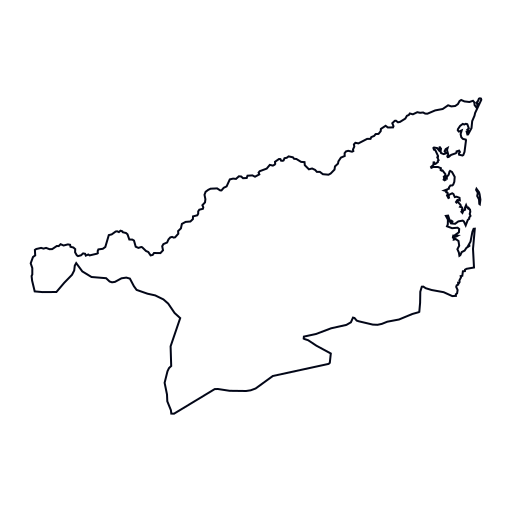 the district of Govuro, Inhambane, Mozambique
{"feature_id": "85939544B19130781251351", "entity_name": "Govuro", "entity_type": "district", "adm_level": 2, "iso_a3": "MOZ", "parent_name": "Mozambique", "parent_adm1": "Inhambane", "projection": "albers", "projection_center": [34.741, -21.317], "detail": "fine", "context": "isolated", "style": "outline", "palette": "ink", "viewbox_px": 512, "rotation_deg": 0, "n_neighbors": 0, "source": "geoboundaries", "source_scale": "gbopen_adm2", "svg_char_len": 6078}
<svg xmlns="http://www.w3.org/2000/svg" viewBox="0 0 512 512"><path d="M474.0,267.5L473.0,248.9L474.8,228.7L473.6,228.8L472.4,231.8L470.5,241.6L468.2,245.7L469.3,245.3L469.4,245.9L466.4,247.9L464.6,250.6L461.7,252.1L460.3,255.2L459.4,255.8L458.9,252.6L457.4,249.2L459.2,245.7L458.5,241.0L455.8,239.1L453.8,239.6L454.0,238.3L452.9,237.6L453.0,237.1L454.2,237.5L453.1,236.3L453.3,235.6L456.3,236.5L457.7,235.7L454.6,235.4L458.9,232.3L459.2,229.0L457.6,227.7L452.1,228.2L447.0,226.3L447.8,224.4L447.9,219.6L445.9,215.9L448.1,215.6L449.8,220.6L451.3,220.6L452.4,221.4L451.8,222.5L450.3,222.2L451.0,223.4L455.1,223.8L458.3,221.4L462.7,220.6L463.9,221.5L465.7,225.4L467.8,219.9L469.2,218.8L469.2,217.5L470.5,215.9L469.7,214.0L470.3,211.8L470.0,209.6L468.1,208.5L467.9,208.0L468.6,207.9L468.3,207.5L467.0,207.4L466.1,205.1L465.0,207.7L465.1,209.7L463.4,210.5L462.4,212.9L461.5,211.9L462.1,211.6L461.8,209.8L462.5,208.7L462.0,207.4L460.1,206.8L460.8,205.9L460.5,204.8L457.6,201.7L456.5,202.6L456.0,202.0L457.4,200.0L459.8,200.4L459.5,197.8L456.5,196.7L454.8,197.1L453.4,194.0L452.2,193.3L449.2,194.7L448.6,195.9L449.0,197.7L448.4,198.0L447.0,195.4L447.8,194.2L447.6,192.9L446.3,192.3L446.6,191.2L444.3,190.5L448.9,188.7L448.9,187.6L450.4,185.5L452.4,185.4L453.2,184.6L454.3,181.8L454.7,176.9L452.0,172.0L450.1,170.9L449.5,171.6L448.7,174.7L446.8,176.9L446.8,178.0L446.1,177.5L446.2,176.7L445.3,177.3L445.7,179.7L444.6,180.3L443.0,179.2L444.8,179.4L443.8,176.8L445.3,175.3L445.4,174.2L442.5,170.4L441.6,170.7L440.6,170.0L440.9,168.2L438.0,167.0L433.2,167.0L431.4,167.8L431.0,167.0L433.4,164.9L433.6,162.4L434.2,162.4L434.6,164.0L435.5,163.9L437.9,162.0L437.8,161.0L438.6,160.2L437.3,157.3L438.0,156.9L438.0,155.9L435.3,150.1L434.0,149.7L433.4,148.0L434.0,147.5L437.2,148.1L439.1,150.5L439.8,148.8L439.4,146.6L441.0,148.7L440.6,151.3L441.1,153.1L443.7,154.1L446.2,153.3L444.6,151.2L445.7,149.1L447.6,148.0L447.0,150.0L448.3,154.8L447.3,156.2L447.7,157.1L448.6,157.0L451.1,154.9L455.7,153.3L456.6,152.5L456.6,151.4L459.1,150.6L459.9,152.0L458.9,153.3L459.1,154.7L462.5,155.5L463.3,155.0L464.5,151.9L466.0,140.3L465.8,139.6L462.9,138.9L461.3,137.2L460.6,134.1L461.7,130.4L458.9,131.6L457.8,130.4L457.9,129.2L460.1,125.9L462.8,123.9L464.2,124.5L465.8,123.8L467.3,124.2L468.8,128.3L467.3,129.8L468.8,131.2L468.3,131.8L466.7,131.8L467.4,134.5L468.1,134.4L471.5,128.1L472.2,121.1L474.5,115.7L475.1,113.0L481.3,99.8L481.0,98.6L479.9,98.3L478.9,98.7L477.8,101.4L476.5,102.6L477.2,104.5L477.4,103.1L478.3,104.4L476.2,107.2L474.6,105.1L474.3,102.3L473.0,100.8L469.4,102.0L464.4,101.4L461.2,100.0L459.6,101.0L457.9,104.1L455.2,106.0L451.3,106.4L448.1,105.3L442.7,109.0L435.2,110.4L427.4,113.7L425.2,113.6L423.1,112.5L420.1,112.8L417.3,112.2L412.9,114.3L409.8,113.5L408.8,115.0L406.9,115.8L405.3,118.6L400.0,121.9L398.0,122.3L395.9,120.7L394.8,120.8L392.3,123.2L393.5,126.2L393.0,127.4L387.9,127.5L385.6,125.8L380.9,128.9L380.7,131.2L378.5,133.9L375.6,134.1L374.2,135.9L371.3,137.1L370.5,138.9L367.1,138.9L358.4,143.4L355.4,142.8L353.9,144.4L354.3,146.6L353.0,149.4L353.3,151.1L352.0,151.7L348.2,150.8L346.0,151.4L344.6,153.2L344.7,156.0L340.9,157.6L338.4,161.4L338.0,163.6L335.0,166.4L334.5,169.6L330.7,173.5L328.5,174.7L322.9,174.2L319.9,171.9L316.9,171.9L315.1,169.9L312.1,168.5L308.9,169.3L304.8,165.2L304.5,162.1L301.1,161.9L296.4,159.0L294.1,158.8L292.9,157.3L288.6,156.4L286.7,157.8L284.5,158.2L283.6,160.4L282.8,160.8L281.1,160.7L280.4,159.1L279.0,159.0L275.0,161.8L275.2,163.9L274.6,164.7L272.9,165.6L269.8,164.9L266.7,168.6L259.7,171.2L258.6,172.6L259.3,174.4L255.0,176.7L252.4,175.4L247.5,175.7L246.7,178.0L243.0,178.2L241.2,176.5L238.9,176.3L236.0,178.9L233.1,178.6L229.8,179.4L226.6,186.4L223.7,187.8L221.5,190.4L220.2,190.4L217.1,188.4L210.6,188.7L208.3,189.8L205.6,191.8L204.5,194.8L205.4,199.2L205.0,202.4L202.4,205.2L203.3,207.3L202.9,208.8L199.3,209.7L198.2,211.4L198.2,213.7L197.3,215.3L193.0,216.4L192.9,219.1L190.4,221.5L185.6,221.9L181.9,223.9L180.9,228.4L178.1,231.1L178.3,233.7L175.1,237.3L173.7,237.6L172.1,236.9L170.3,237.4L168.5,239.4L167.1,242.5L163.4,244.1L162.2,246.2L163.0,250.3L160.4,253.1L154.0,253.0L152.7,254.9L150.6,255.4L148.3,252.0L146.0,251.0L142.2,247.3L141.3,247.0L138.4,247.9L135.7,246.7L134.0,240.6L132.4,239.6L129.3,239.5L127.5,234.3L126.0,233.0L122.7,232.2L122.3,231.3L120.5,230.7L118.9,232.1L117.1,231.3L115.7,231.5L111.7,234.4L108.8,235.1L105.3,247.0L102.8,248.8L98.4,249.4L97.7,251.0L97.8,253.2L96.9,253.7L89.6,255.4L88.3,254.5L85.8,255.6L85.1,253.8L83.1,253.4L81.0,255.3L78.0,256.1L76.8,255.3L75.1,252.3L75.2,249.1L73.4,247.5L70.5,246.8L70.1,244.8L67.9,244.4L63.6,245.5L60.6,244.2L58.7,246.1L56.8,246.0L52.2,249.1L49.5,249.2L46.1,247.9L43.5,248.6L41.1,247.9L36.3,249.0L34.9,249.9L35.2,255.4L33.0,257.0L30.7,263.3L32.3,268.1L32.3,274.5L31.6,276.0L32.1,280.6L34.7,291.4L42.5,292.1L56.4,292.0L64.3,282.7L72.0,274.8L74.2,270.5L74.8,265.6L76.2,263.1L82.3,271.4L91.5,277.0L106.1,278.2L109.6,281.5L112.0,282.3L114.9,281.9L121.5,278.3L126.3,277.6L129.9,278.6L133.9,286.2L136.6,289.9L147.5,293.7L155.2,295.4L163.4,299.4L168.2,303.6L174.6,313.0L180.2,318.1L170.6,346.3L171.2,366.0L169.0,368.1L167.5,371.2L164.6,382.8L167.0,394.5L167.3,401.3L170.9,410.2L171.3,413.6L174.0,413.7L214.7,389.1L217.9,389.0L229.6,390.8L246.1,391.0L250.7,390.3L255.6,388.5L272.8,376.0L328.6,363.9L329.8,362.8L330.8,353.5L316.4,345.7L308.1,340.2L304.4,339.0L303.7,338.6L303.9,336.6L316.0,334.0L331.1,328.3L346.4,324.9L350.9,322.3L353.0,317.6L354.5,318.0L356.7,320.6L358.8,321.3L372.8,324.6L377.5,324.8L381.8,323.9L387.3,321.7L399.0,319.5L412.3,314.0L418.7,312.2L419.3,311.8L420.1,302.8L420.3,291.7L421.8,286.7L423.3,286.6L425.7,288.2L431.6,290.0L443.7,292.2L452.3,296.1L455.9,295.9L455.8,294.4L457.1,293.3L457.6,290.0L456.2,286.9L456.7,285.3L458.2,284.6L458.1,282.8L459.0,283.0L459.6,282.0L459.4,280.4L461.0,277.4L460.7,276.1L462.3,275.8L462.9,271.3L464.9,271.1L465.0,269.7L466.6,268.8L474.0,267.5ZM479.8,204.3L480.4,199.7L479.6,194.3L479.0,192.2L476.5,188.8L476.1,189.9L477.8,192.8L477.2,196.0L479.0,199.4L479.3,203.9L479.8,204.3Z" fill="none" stroke="#020617" stroke-width="2"/></svg>